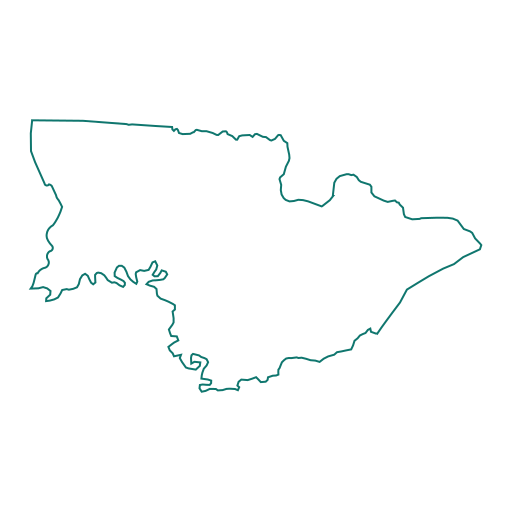 Koundara, Koundara, Guinea
{"feature_id": "49546643B96982587885478", "entity_name": "Koundara", "entity_type": "district", "adm_level": 2, "iso_a3": "GIN", "parent_name": "Guinea", "parent_adm1": "Koundara", "projection": "mercator", "projection_center": [-13.495, 12.338], "detail": "fine", "context": "isolated", "style": "outline", "palette": "teal", "viewbox_px": 512, "rotation_deg": 0, "n_neighbors": 0, "source": "geoboundaries", "source_scale": "gbopen_adm2", "svg_char_len": 5893}
<svg xmlns="http://www.w3.org/2000/svg" viewBox="0 0 512 512"><path d="M377.3,333.6L381.7,327.2L386.2,321.0L392.7,312.2L400.0,302.5L406.9,289.6L418.6,282.4L428.9,276.2L443.2,268.6L454.0,264.1L463.2,257.1L479.9,249.3L481.3,245.1L480.2,243.7L475.1,238.4L472.2,232.9L470.1,231.4L463.8,229.0L457.6,220.6L452.8,218.6L447.4,217.8L437.6,217.7L421.2,218.2L419.6,218.9L412.2,219.3L405.2,217.0L403.9,214.2L403.0,207.7L399.7,204.5L398.8,202.7L396.9,202.3L395.0,200.5L392.9,200.8L387.7,201.9L383.7,200.6L374.4,196.3L371.4,192.5L371.4,186.8L369.9,184.7L360.8,181.8L358.8,180.2L356.8,177.0L353.5,174.7L351.3,175.1L348.6,174.2L346.6,174.2L339.8,176.1L336.5,178.8L334.3,182.7L332.8,196.0L333.1,196.0L329.8,200.2L322.4,206.0L321.7,206.4L308.5,201.5L307.9,201.3L303.0,200.1L298.3,199.8L293.9,201.0L289.5,201.4L285.7,199.9L283.7,198.1L281.6,194.5L280.8,190.1L281.2,184.9L279.5,179.1L280.1,177.4L283.8,174.2L285.9,166.7L288.9,160.8L289.5,158.1L289.2,154.7L287.5,146.8L287.3,143.1L283.8,140.8L280.7,135.2L279.0,134.9L278.1,135.2L275.0,138.9L271.4,140.5L270.0,140.1L266.0,137.1L262.8,136.8L256.9,133.9L255.0,134.2L252.6,136.9L249.7,135.0L242.2,135.4L239.2,136.2L237.2,139.7L236.0,139.7L232.3,136.1L227.6,134.1L226.9,132.2L225.9,131.3L222.7,131.5L218.2,135.0L216.6,134.9L212.7,133.0L206.5,131.2L201.8,131.2L196.8,129.8L195.7,130.1L193.8,132.2L193.0,132.3L190.2,133.8L182.6,134.1L179.0,133.0L177.9,130.0L176.9,128.9L175.4,129.3L173.9,130.9L172.4,129.4L172.1,127.0L155.6,126.0L132.1,124.4L128.7,124.8L126.5,124.1L82.9,120.8L32.1,120.3L32.1,120.9L30.8,133.3L31.0,151.1L35.1,162.2L44.3,182.9L44.9,184.5L45.1,184.7L45.3,184.9L45.5,185.1L45.8,185.2L46.0,185.3L46.4,185.4L46.6,185.5L47.0,185.5L47.5,185.4L47.9,185.3L48.2,185.2L48.5,185.0L48.8,184.7L49.0,184.4L49.4,184.5L49.7,184.6L50.0,184.7L50.4,184.9L50.6,185.0L50.9,185.2L51.2,185.5L51.5,185.7L51.7,185.9L51.9,186.3L52.1,186.7L56.1,195.3L56.2,195.9L56.4,196.5L56.6,197.2L56.9,197.8L57.2,198.3L57.7,199.0L58.2,199.7L58.6,200.1L60.7,204.0L62.1,206.9L61.5,208.6L61.0,210.1L60.5,211.6L59.7,213.5L58.9,215.3L58.2,216.8L57.5,218.2L56.5,219.9L55.7,221.3L54.8,222.7L53.9,224.0L52.9,225.3L52.4,225.6L51.8,226.0L51.3,226.3L50.8,226.7L50.4,227.1L49.9,227.6L49.4,228.1L48.9,228.7L48.5,229.3L48.2,229.7L48.0,230.2L47.7,230.7L47.5,231.2L47.3,231.7L47.1,232.2L47.0,232.9L46.8,233.6L46.7,234.3L46.6,235.0L46.6,235.8L46.7,236.7L46.8,237.4L46.9,237.9L47.0,238.3L47.5,239.4L47.9,240.3L48.4,241.2L49.1,242.2L49.6,243.0L50.4,244.0L51.2,244.9L51.9,245.7L52.1,246.0L52.3,246.2L52.5,246.5L52.6,246.9L52.7,247.4L52.8,247.8L52.8,248.0L52.7,248.3L52.7,248.6L52.6,248.9L52.5,249.3L52.4,249.5L52.2,249.8L52.0,250.0L51.9,250.2L51.6,250.4L51.3,250.7L50.9,250.9L50.6,251.1L50.2,251.2L49.9,251.2L49.6,251.4L49.3,251.6L49.0,251.8L48.7,252.1L48.5,252.4L48.2,252.7L48.0,253.0L47.8,253.4L47.5,253.8L47.4,254.2L47.3,254.5L47.1,254.9L47.0,255.6L47.0,256.0L47.0,256.4L47.0,257.0L47.0,257.4L47.1,257.8L47.3,258.4L47.5,259.0L47.8,259.4L48.0,259.7L48.2,260.0L48.4,260.5L48.5,260.8L48.6,261.2L48.8,261.8L48.8,262.2L48.8,262.5L48.8,263.2L48.7,263.5L48.6,263.9L48.4,264.5L48.3,264.8L48.1,265.2L47.9,265.5L47.7,265.8L47.5,266.1L47.2,266.4L47.0,266.6L46.7,266.9L46.4,267.1L46.1,267.3L45.8,267.4L45.4,267.6L45.0,267.8L44.3,267.9L43.8,268.1L43.1,268.3L42.7,268.5L41.9,268.9L41.1,269.4L40.7,269.7L40.1,270.1L39.6,270.6L39.1,271.1L38.7,271.6L38.3,272.2L38.0,272.7L37.6,273.3L36.9,273.2L36.4,273.5L35.9,274.0L35.6,274.8L34.7,278.5L33.9,281.7L33.5,283.2L32.6,285.6L32.4,286.2L32.0,286.8L31.4,287.6L30.7,288.6L38.4,288.3L43.1,287.1L47.2,288.4L50.5,291.0L50.2,294.7L46.3,298.3L46.1,301.1L49.8,300.6L54.2,299.4L58.0,297.5L60.5,293.5L62.2,290.0L66.7,289.1L68.9,289.7L73.3,288.8L77.0,287.3L78.8,284.1L80.0,279.1L82.3,275.4L85.1,273.8L87.8,275.8L89.3,279.2L91.1,282.7L93.2,284.3L95.4,282.5L95.1,277.0L95.1,274.9L96.8,273.0L98.2,272.6L101.2,273.2L104.3,275.3L106.2,277.8L107.7,280.1L111.9,282.7L114.4,282.3L116.5,283.0L119.5,285.3L123.1,286.9L124.8,285.0L124.9,282.8L123.6,281.1L120.9,279.6L117.4,277.9L114.7,276.1L114.6,272.6L116.9,267.5L119.0,265.8L121.8,265.8L124.3,267.6L126.4,271.7L128.0,276.1L130.4,279.4L133.3,281.9L136.3,283.8L137.3,281.6L136.2,277.3L135.7,274.0L136.1,272.3L140.1,270.1L144.2,270.9L148.6,269.9L150.4,266.9L152.5,262.4L155.2,261.3L157.3,265.5L156.2,269.5L154.3,272.1L152.7,274.8L154.5,276.3L157.8,276.2L160.3,273.0L161.7,270.4L165.8,271.7L167.2,274.4L164.7,278.1L163.3,279.3L160.0,279.9L155.9,280.3L152.8,280.4L148.7,281.8L146.5,284.2L149.8,285.6L154.1,286.8L156.5,289.0L156.9,293.6L157.4,295.7L160.6,298.6L165.0,300.2L168.5,301.7L172.8,303.9L174.9,305.3L174.9,309.5L172.6,311.5L173.0,314.1L173.6,318.2L173.6,322.4L172.4,324.7L168.9,329.5L170.1,333.3L171.2,336.0L176.8,336.4L178.3,340.4L174.2,342.5L172.0,344.1L168.4,346.9L169.8,350.4L172.7,353.3L174.0,356.3L181.0,354.8L179.8,358.1L182.0,362.0L185.9,367.5L188.5,368.4L195.8,369.6L199.8,365.9L200.3,362.4L194.4,361.8L191.3,363.6L191.0,358.0L191.5,355.3L193.0,353.9L199.0,355.4L201.2,357.0L204.5,358.1L206.6,359.2L208.1,362.2L206.6,365.5L203.8,368.7L202.4,372.6L201.8,375.2L201.4,378.6L207.8,379.5L211.2,380.6L211.1,383.2L209.7,384.9L206.3,384.8L202.6,384.5L199.9,385.0L199.5,388.3L201.7,391.7L205.6,390.9L209.8,388.9L215.9,389.0L217.8,390.4L222.6,390.1L226.5,388.9L229.5,388.7L235.0,389.0L237.9,390.2L239.2,387.2L237.4,385.6L238.6,381.8L241.3,379.6L247.7,380.1L252.1,378.7L256.1,377.2L258.1,379.2L260.8,382.1L265.7,381.7L267.6,379.9L268.0,377.3L272.8,375.7L276.1,375.5L278.4,374.6L278.3,371.8L278.4,369.7L279.6,368.0L280.5,365.7L281.9,362.3L284.0,360.2L286.2,358.5L288.8,358.0L291.3,358.1L296.7,357.4L298.4,358.0L301.6,357.7L306.1,358.8L310.5,360.2L315.3,360.6L319.6,361.9L323.7,358.7L328.2,356.4L334.2,354.7L337.0,352.2L341.5,351.4L346.1,350.4L351.2,349.4L353.1,345.3L354.5,340.8L357.6,338.3L359.9,335.5L362.7,334.1L365.5,333.0L367.9,329.9L370.3,328.6L371.0,331.8L376.0,333.6L377.1,333.4L377.3,333.6Z" fill="none" stroke="#0f766e" stroke-width="2"/></svg>